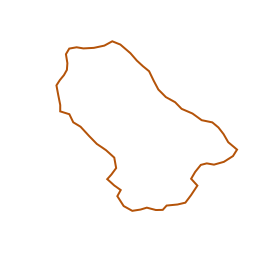 Carapicuíba, São Paulo, Brazil, rotated 312°
{"feature_id": "56859067B3159053220029", "entity_name": "Carapicuíba", "entity_type": "district", "adm_level": 2, "iso_a3": "BRA", "parent_name": "Brazil", "parent_adm1": "São Paulo", "projection": "equal_earth", "projection_center": [-46.843, -23.547], "detail": "fine", "context": "isolated", "style": "outline", "palette": "amber", "viewbox_px": 256, "rotation_deg": 312, "n_neighbors": 0, "source": "geoboundaries", "source_scale": "gbopen_adm2", "svg_char_len": 889}
<svg xmlns="http://www.w3.org/2000/svg" viewBox="0 0 256 256"><g transform="rotate(312 128 128)"><path d="M96.8,126.4L96.8,137.6L90.3,146.0L82.4,146.8L76.1,146.8L76.1,156.2L77.0,164.1L70.2,165.7L67.1,177.0L69.3,186.6L75.8,191.9L81.4,195.3L85.7,203.6L90.4,208.6L96.2,208.6L104.3,216.0L110.9,220.6L120.2,219.8L131.6,218.1L132.5,208.9L140.3,207.3L149.3,206.8L154.4,210.2L158.3,216.4L167.0,221.9L177.4,224.8L184.9,223.5L184.5,212.0L187.4,203.1L188.9,194.8L188.6,186.9L183.1,177.5L181.9,166.2L178.1,155.0L178.7,145.8L176.3,135.5L176.9,124.8L180.3,115.5L184.3,105.7L183.9,97.7L184.0,89.5L185.2,79.8L184.9,66.5L181.9,58.3L173.4,55.3L164.7,49.0L157.3,41.6L153.6,35.8L147.7,31.2L141.3,32.5L135.6,39.6L130.3,43.7L124.5,45.0L118.0,45.3L111.8,46.3L105.9,54.0L99.7,62.3L95.0,66.5L99.0,75.2L95.6,83.5L97.2,91.9L96.0,104.7L95.3,115.5L96.8,126.4Z" fill="none" stroke="#b45309" stroke-width="2"/></g></svg>